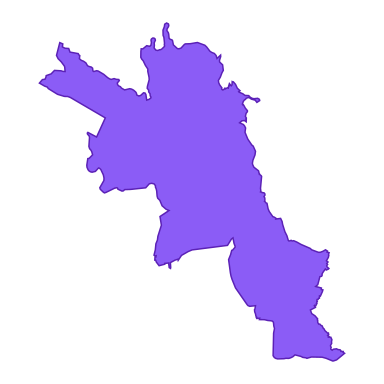 Jalcomulco, Veracruz, Mexico (Mercator projection)
{"feature_id": "50627088B48906851597033", "entity_name": "Jalcomulco", "entity_type": "district", "adm_level": 2, "iso_a3": "MEX", "parent_name": "Mexico", "parent_adm1": "Veracruz", "projection": "mercator", "projection_center": [-96.756, 19.335], "detail": "fine", "context": "isolated", "style": "filled", "palette": "violet", "viewbox_px": 384, "rotation_deg": 0, "n_neighbors": 0, "source": "geoboundaries", "source_scale": "gbopen_adm2", "svg_char_len": 5862}
<svg xmlns="http://www.w3.org/2000/svg" viewBox="0 0 384 384"><path d="M245.5,99.5L246.0,98.4L248.3,97.5L249.8,98.0L251.3,99.1L255.2,100.2L256.9,102.4L259.7,100.6L259.4,99.3L257.7,98.3L253.9,98.7L252.1,98.3L250.3,97.3L248.7,95.6L244.9,95.4L242.9,93.8L239.2,92.2L238.7,91.7L240.0,90.7L237.3,88.2L235.5,84.3L233.4,81.9L233.1,82.1L232.2,81.6L232.0,84.9L231.2,85.8L229.4,83.6L228.9,85.3L229.4,85.6L228.6,86.2L228.7,86.8L228.2,87.3L228.2,88.1L227.4,87.8L225.3,88.9L224.9,88.2L223.6,89.7L222.5,89.9L221.6,89.0L221.9,87.9L219.7,84.9L218.7,82.7L218.4,80.4L220.3,77.2L222.0,72.7L223.3,70.4L222.6,64.8L219.6,62.0L219.5,60.3L220.7,56.6L220.6,55.1L217.0,58.5L216.1,55.5L214.4,53.5L211.7,52.4L209.9,51.2L206.6,46.9L204.8,45.2L197.4,42.5L190.3,43.7L185.3,43.9L184.4,44.4L181.0,48.1L178.8,48.8L177.4,48.6L173.4,44.9L172.5,40.5L172.0,39.9L170.0,39.2L169.1,38.2L168.7,34.1L168.3,32.7L166.9,30.6L167.1,28.9L168.5,26.6L168.8,25.3L168.4,23.9L166.6,23.0L164.7,24.2L164.3,26.8L163.0,30.1L163.1,35.4L163.9,37.4L164.5,43.2L164.3,44.9L164.6,45.9L164.4,46.5L161.6,49.2L160.5,49.7L159.7,49.7L157.8,50.5L155.8,50.1L154.1,47.9L154.4,45.3L154.2,42.9L155.4,40.2L155.0,38.8L154.0,38.1L152.8,38.0L151.5,38.9L151.0,40.0L151.4,42.7L150.9,45.3L149.7,46.3L146.7,45.7L142.8,48.9L141.2,48.8L140.9,51.3L140.8,57.3L141.7,59.1L143.2,60.8L145.4,65.4L147.8,69.0L147.8,71.5L149.0,77.1L149.2,79.6L147.4,86.4L147.2,88.3L148.6,90.1L148.7,91.9L150.0,93.7L150.2,95.8L150.9,97.0L150.9,97.9L149.2,99.3L146.7,100.1L145.9,94.5L145.0,93.0L143.5,92.8L140.7,95.4L138.9,96.0L136.8,95.0L136.4,93.1L135.6,91.9L133.5,90.1L131.6,89.1L129.7,88.7L124.6,89.9L121.5,88.1L120.4,86.7L118.5,85.8L117.6,84.6L117.3,83.0L119.3,80.6L118.8,79.5L116.2,79.3L114.1,78.6L111.3,79.4L109.7,78.9L107.6,77.6L103.7,74.3L98.3,71.1L96.7,70.7L93.8,71.5L92.9,70.9L92.6,68.2L91.4,67.1L88.8,66.4L87.5,65.7L85.9,62.9L83.5,61.2L81.4,60.4L79.4,58.7L79.8,55.6L78.8,54.8L78.2,53.6L70.0,52.1L68.7,48.5L64.9,48.2L62.4,46.9L62.8,43.9L59.8,42.6L56.5,55.4L58.1,58.7L61.2,61.8L64.4,66.1L64.7,67.1L65.1,71.5L62.9,71.4L61.1,70.8L54.5,70.4L51.1,73.9L46.2,75.6L45.9,77.3L45.0,79.2L42.4,79.6L39.4,83.1L44.6,86.1L47.3,87.1L48.3,88.6L57.5,94.3L64.4,96.4L67.8,96.5L70.4,97.5L105.3,117.9L96.6,137.0L87.9,132.4L87.3,133.1L87.5,134.1L89.2,136.1L89.5,137.4L88.9,146.4L89.6,148.7L91.1,150.4L91.8,151.9L92.6,154.8L89.2,158.3L87.8,158.6L86.8,165.2L87.0,167.3L88.1,169.8L89.0,170.9L90.4,171.8L92.1,172.2L95.4,171.4L98.5,168.0L99.4,168.2L100.8,169.5L103.3,174.8L104.0,178.0L103.9,180.5L99.8,187.7L100.3,189.3L103.1,192.0L104.4,192.9L105.8,192.5L114.6,188.2L116.9,187.7L117.6,188.2L117.9,189.2L122.0,191.1L123.5,190.8L124.6,189.6L130.6,189.4L145.7,187.8L149.3,183.8L151.6,183.3L154.1,183.9L155.5,185.8L155.4,187.0L156.2,188.9L156.7,191.1L157.1,196.1L157.7,198.2L159.8,200.3L162.1,205.8L166.0,209.2L169.0,210.5L160.0,216.5L161.4,225.2L157.9,236.3L157.4,240.1L155.9,243.8L155.3,249.9L154.0,255.2L154.9,255.9L156.1,255.7L155.9,256.8L155.4,256.5L155.0,257.1L154.8,260.1L155.6,260.1L156.4,262.2L159.1,265.7L164.8,264.2L164.8,263.4L168.6,263.0L169.2,267.6L170.5,268.4L170.7,267.4L170.4,262.6L175.1,260.1L178.0,259.2L178.2,260.3L181.5,255.4L188.1,251.6L192.1,249.9L227.5,245.4L231.4,239.1L233.0,237.9L234.0,243.3L235.1,246.3L235.0,247.3L232.6,250.1L231.7,250.4L230.6,254.6L228.6,259.6L230.4,272.9L231.0,276.0L232.0,279.2L235.5,287.9L247.1,304.6L248.0,305.6L249.7,306.3L255.5,305.7L254.9,309.2L254.5,309.6L254.7,311.8L255.5,313.9L255.9,316.1L256.8,317.3L256.9,317.9L256.5,317.9L256.8,318.5L259.7,318.2L259.4,319.6L264.6,319.7L267.8,320.5L271.2,320.8L272.5,321.2L273.1,321.8L273.5,322.8L273.8,326.0L274.5,328.5L273.6,333.1L273.1,355.7L274.3,357.5L275.7,358.4L277.7,358.9L284.0,358.7L286.0,358.3L288.7,358.4L290.7,357.8L292.9,356.7L295.0,354.9L300.9,356.4L302.8,357.4L305.9,357.8L306.9,358.3L311.5,357.0L322.1,357.2L326.1,358.3L332.7,361.0L333.6,360.9L336.6,359.9L344.6,353.3L343.0,352.2L343.2,351.5L340.9,351.4L340.9,350.7L340.1,349.8L337.7,349.5L336.7,348.8L333.4,349.2L332.2,350.2L330.9,349.3L330.8,348.3L331.2,347.3L330.6,346.4L330.5,345.4L331.7,343.3L331.5,342.0L331.9,339.7L330.8,337.2L329.4,337.2L329.7,337.0L327.7,335.7L328.7,334.7L328.2,334.1L328.5,333.7L328.4,333.0L327.6,333.1L324.8,330.5L324.2,329.0L323.4,328.5L322.0,325.7L321.1,325.5L319.8,324.1L318.7,324.1L317.7,322.4L317.7,320.3L317.3,319.9L317.6,318.8L315.0,315.8L311.7,313.6L310.4,310.0L315.4,307.4L314.3,305.7L314.6,305.3L315.8,305.7L316.9,303.5L316.4,303.2L317.2,301.7L317.3,301.4L316.8,301.2L317.1,299.5L318.1,299.4L318.6,298.3L319.4,298.2L319.5,295.9L320.4,296.1L322.4,291.6L322.9,289.9L321.3,289.6L321.4,288.0L315.7,286.5L317.8,284.6L319.9,276.6L321.6,276.3L322.2,275.0L322.0,274.2L322.6,272.9L325.3,269.0L326.3,270.0L328.2,269.2L328.9,268.5L327.0,266.8L326.7,265.7L327.6,264.5L326.7,263.5L328.0,262.0L326.4,260.8L328.3,257.5L328.8,255.3L328.6,255.2L328.6,254.0L329.1,252.7L327.1,252.1L327.5,251.1L325.5,249.8L322.9,251.3L320.2,252.3L318.4,252.3L311.7,249.8L310.2,248.4L301.0,244.4L296.9,242.1L293.7,240.7L292.1,241.0L291.1,240.3L289.9,240.9L288.8,240.9L288.3,240.4L286.9,235.7L284.9,231.7L282.6,224.3L282.1,221.5L280.6,218.4L276.0,219.0L276.3,218.5L274.4,217.2L272.8,216.6L269.3,211.6L268.1,208.8L267.0,203.3L266.0,202.9L265.1,201.7L264.5,201.4L264.9,200.3L264.8,198.0L264.0,196.6L265.0,195.0L264.8,193.7L264.0,192.8L262.0,192.6L261.7,192.1L260.5,191.9L260.8,190.7L260.5,188.4L261.6,176.4L261.2,175.7L259.3,174.1L259.5,173.8L258.8,172.6L258.9,172.2L258.5,170.8L253.9,167.2L252.7,164.7L252.4,163.3L252.9,160.3L255.0,154.9L255.5,151.3L253.2,146.1L251.8,145.0L247.8,139.1L245.0,132.3L245.6,128.0L244.5,125.8L243.4,124.5L239.6,122.8L241.8,120.9L244.4,120.5L246.2,121.8L246.3,119.1L245.9,119.3L245.9,118.5L246.3,117.9L245.4,116.4L246.1,113.3L247.4,111.7L247.4,110.6L245.3,108.1L243.9,105.5L243.1,105.1L243.3,104.6L242.4,104.1L243.3,101.5L244.6,99.7L245.5,99.5Z" fill="#8b5cf6" stroke="#5b21b6" stroke-width="1.5"/></svg>